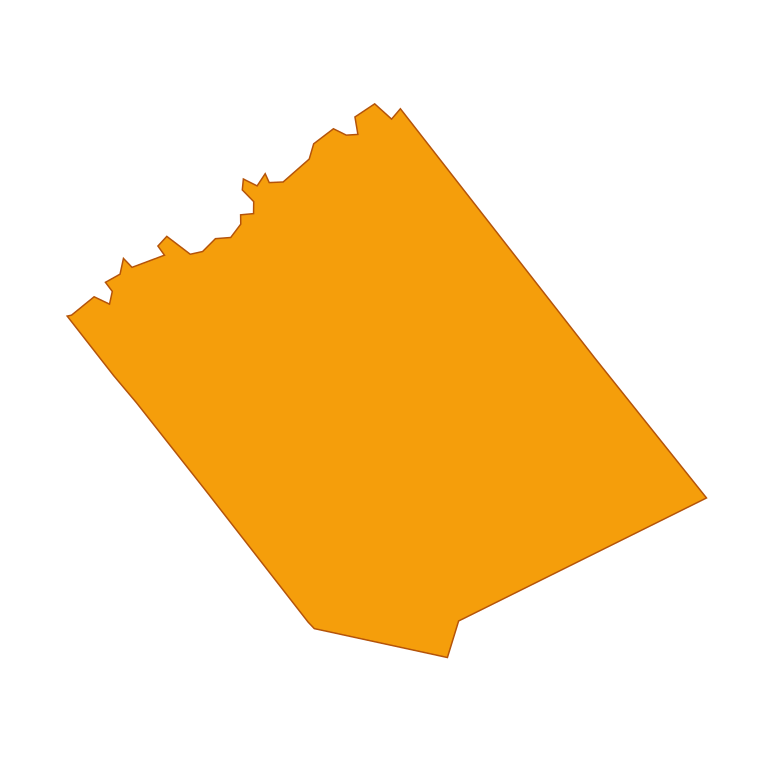 Milam, Texas, United States of America (Robinson projection), rotated 263°
{"feature_id": "52423323B14814081114413", "entity_name": "Milam", "entity_type": "district", "adm_level": 2, "iso_a3": "USA", "parent_name": "United States of America", "parent_adm1": "Texas", "projection": "robinson", "projection_center": [-96.814, 30.784], "detail": "fine", "context": "isolated", "style": "filled", "palette": "amber", "viewbox_px": 768, "rotation_deg": 263, "n_neighbors": 0, "source": "geoboundaries", "source_scale": "gbopen_adm2", "svg_char_len": 709}
<svg xmlns="http://www.w3.org/2000/svg" viewBox="0 0 768 768"><g transform="rotate(263 384 384)"><path d="M231.6,690.2L383.7,596.6L655.2,433.8L646.0,423.8L663.2,408.9L652.6,387.7L634.9,388.5L635.6,376.9L643.5,364.9L631.0,343.5L616.4,337.2L596.8,308.5L597.9,294.6L607.2,291.7L596.1,282.2L604.6,269.4L593.9,267.0L580.9,276.9L569.0,275.3L569.4,262.3L560.1,261.3L548.1,249.7L548.8,234.4L537.6,220.1L536.4,207.5L557.0,186.4L548.5,176.4L538.6,181.8L530.5,148.1L540.4,140.7L525.2,135.4L518.9,119.9L509.0,125.6L496.7,121.3L505.9,106.9L490.4,82.2L490.0,77.8L425.1,116.8L395.6,136.0L299.4,194.4L156.7,279.8L149.7,285.0L104.8,413.6L139.7,429.2L231.6,690.2Z" fill="#f59e0b" stroke="#b45309" stroke-width="1.5"/></g></svg>